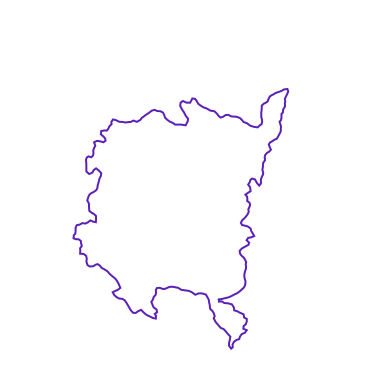 outline of Poté, Minas Gerais, Brazil, rotated 116°
{"feature_id": "56859067B81291889337924", "entity_name": "Poté", "entity_type": "district", "adm_level": 2, "iso_a3": "BRA", "parent_name": "Brazil", "parent_adm1": "Minas Gerais", "projection": "natural_earth1", "projection_center": [-41.769, -17.806], "detail": "fine", "context": "isolated", "style": "outline", "palette": "violet", "viewbox_px": 384, "rotation_deg": 116, "n_neighbors": 0, "source": "geoboundaries", "source_scale": "gbopen_adm2", "svg_char_len": 4654}
<svg xmlns="http://www.w3.org/2000/svg" viewBox="0 0 384 384"><g transform="rotate(116 192 192)"><path d="M190.2,301.8L192.8,299.2L195.3,299.3L198.2,298.9L200.2,297.6L202.6,297.0L204.9,297.7L205.4,300.7L207.3,301.7L209.6,301.4L212.1,299.8L214.9,298.4L217.1,297.3L219.9,295.9L220.9,292.3L218.2,290.0L215.6,290.0L212.8,288.6L213.6,285.0L214.9,281.8L217.8,280.9L220.1,281.1L222.6,280.5L225.0,280.1L227.3,279.7L229.9,278.8L232.5,278.9L235.4,280.6L237.4,282.2L239.3,283.0L241.9,283.0L245.5,282.4L247.6,279.5L251.0,277.8L254.0,276.0L254.6,273.2L254.8,270.5L255.6,267.8L258.3,266.4L261.3,265.2L262.0,268.1L262.1,270.9L265.0,272.3L267.1,274.0L268.1,277.0L270.5,278.6L272.3,281.0L275.0,281.0L277.9,279.6L280.6,278.6L282.5,279.3L285.5,278.2L285.4,275.8L284.2,273.2L284.7,270.5L286.9,269.1L288.7,267.4L291.6,267.9L293.7,266.7L296.5,265.5L295.2,262.3L295.8,259.1L298.2,257.3L301.0,256.3L303.5,253.9L303.8,251.2L301.9,248.1L299.7,246.8L298.2,245.2L298.6,242.4L299.8,240.1L299.9,237.0L300.3,233.3L301.5,230.7L302.2,228.4L302.8,225.9L303.5,223.0L304.7,220.6L306.3,218.2L307.9,216.3L309.6,214.4L312.5,215.8L314.8,217.8L316.9,219.3L318.7,216.7L319.5,214.0L319.7,210.9L318.6,207.9L318.8,205.0L320.4,202.2L322.6,198.9L324.4,196.3L325.5,194.3L326.4,192.0L325.4,189.6L323.1,188.3L320.2,186.1L321.4,182.9L322.3,179.6L322.4,176.9L322.3,174.3L322.4,171.9L321.6,169.0L319.1,170.1L317.9,172.0L315.3,170.7L313.2,172.3L312.5,176.0L310.4,178.4L308.6,180.4L306.1,180.0L303.1,180.4L300.6,179.6L298.3,180.1L296.0,181.6L293.7,181.4L292.2,178.9L292.0,176.0L291.0,173.9L289.1,172.3L287.1,170.6L285.7,168.0L284.9,165.1L284.2,162.4L284.6,158.8L283.5,155.3L282.3,151.7L282.1,148.5L282.9,144.0L280.3,141.7L278.7,138.5L278.1,134.5L280.1,131.6L281.5,129.7L283.5,128.4L285.3,126.9L287.1,125.7L289.2,124.3L289.9,121.6L291.4,119.3L293.6,117.2L296.0,117.1L298.5,113.7L300.2,109.8L301.6,106.5L301.3,103.6L302.4,100.7L303.8,97.7L305.2,94.1L308.3,93.2L311.1,92.6L313.9,91.4L315.6,88.2L313.7,87.3L311.3,88.7L308.1,88.6L305.5,87.1L303.5,85.1L301.0,85.5L297.9,85.0L295.4,82.8L292.2,82.2L292.4,85.9L289.7,86.8L287.5,85.7L284.4,86.0L282.1,87.1L281.9,90.2L279.3,92.0L279.5,96.2L279.3,99.3L279.9,102.1L277.4,103.8L275.5,106.9L276.2,110.6L277.6,114.3L277.3,117.4L278.7,119.7L276.8,120.9L275.1,118.3L272.9,115.7L270.6,112.9L267.8,110.6L265.4,108.9L263.1,107.0L259.8,105.3L257.5,104.4L255.2,103.5L252.2,103.4L248.6,104.9L246.4,107.0L243.8,108.6L240.4,109.5L237.2,109.9L235.2,110.8L233.4,112.1L231.3,112.5L229.7,114.5L228.2,116.9L227.5,119.6L226.3,121.8L224.1,123.4L220.9,122.4L217.1,119.8L214.8,118.1L212.5,118.4L211.4,121.8L208.6,121.4L206.6,118.7L204.3,116.8L202.7,119.1L201.3,121.4L199.1,123.4L198.5,126.9L199.1,129.9L199.7,132.6L198.2,134.6L195.2,134.5L192.5,133.3L189.2,132.5L187.0,132.2L184.8,132.4L182.8,133.8L180.4,133.8L178.0,134.2L176.4,135.6L175.9,138.4L173.6,139.4L171.9,140.6L171.0,142.8L168.5,141.5L165.6,139.7L162.5,141.6L160.7,144.8L158.0,144.4L155.3,144.8L153.5,143.7L153.1,140.8L155.5,137.5L156.8,134.4L154.0,133.8L150.8,135.5L147.7,135.9L145.1,135.8L143.2,136.6L141.3,138.4L138.4,139.3L134.6,140.8L131.3,140.3L129.0,141.9L126.5,142.4L123.8,141.7L121.9,140.3L119.4,139.6L117.2,142.2L115.7,143.8L113.3,143.6L111.0,142.0L109.1,141.0L106.9,139.1L101.8,138.8L98.6,138.8L96.6,139.7L94.1,140.7L92.1,142.5L90.5,144.1L88.1,143.5L85.5,144.4L82.6,145.8L80.7,145.2L77.8,146.2L74.2,145.9L71.6,147.4L69.5,148.0L67.5,149.4L64.9,149.4L62.1,149.4L59.4,149.6L57.6,151.4L59.4,154.2L62.1,156.0L64.7,158.6L66.5,160.4L68.6,161.6L70.4,163.1L72.5,164.0L75.1,164.0L77.3,163.7L79.3,164.7L81.0,166.1L83.7,167.2L87.3,165.5L90.2,164.6L92.5,163.4L94.6,162.4L96.1,160.9L98.3,159.7L100.5,159.2L102.4,160.3L105.1,161.3L106.2,164.6L106.9,168.7L106.1,172.7L106.5,176.3L105.4,178.6L104.5,181.4L104.9,185.2L106.1,187.9L106.9,190.2L106.7,193.1L108.1,195.5L110.7,197.0L112.6,198.9L111.9,201.6L110.7,203.8L109.6,207.2L110.8,211.3L110.5,215.2L110.9,219.0L110.5,222.5L109.9,225.2L108.1,227.7L106.9,230.1L107.8,232.7L109.9,232.7L112.6,232.9L114.1,236.1L114.2,240.1L116.6,241.4L119.8,240.4L122.0,237.4L124.0,234.0L126.4,230.8L127.8,227.7L130.5,226.8L132.7,226.9L134.8,226.9L136.1,231.1L137.7,234.4L138.8,236.7L138.3,239.7L138.5,242.4L138.0,245.6L137.1,248.6L135.0,250.7L133.3,253.0L133.3,255.9L134.5,258.9L134.5,261.5L136.5,263.8L139.8,265.4L142.9,267.3L144.8,268.2L147.3,269.6L149.8,270.0L153.1,272.3L153.5,276.0L155.8,277.7L157.1,280.0L158.7,282.2L159.4,285.0L160.7,287.9L160.8,292.1L161.4,294.8L164.4,295.2L166.4,294.0L168.9,295.0L172.2,295.0L174.2,295.5L175.1,297.8L177.0,300.3L180.0,299.3L181.0,295.7L182.0,293.4L183.9,292.2L186.1,293.4L186.7,296.8L187.7,299.8L190.2,301.8Z" fill="none" stroke="#5b21b6" stroke-width="2"/></g></svg>